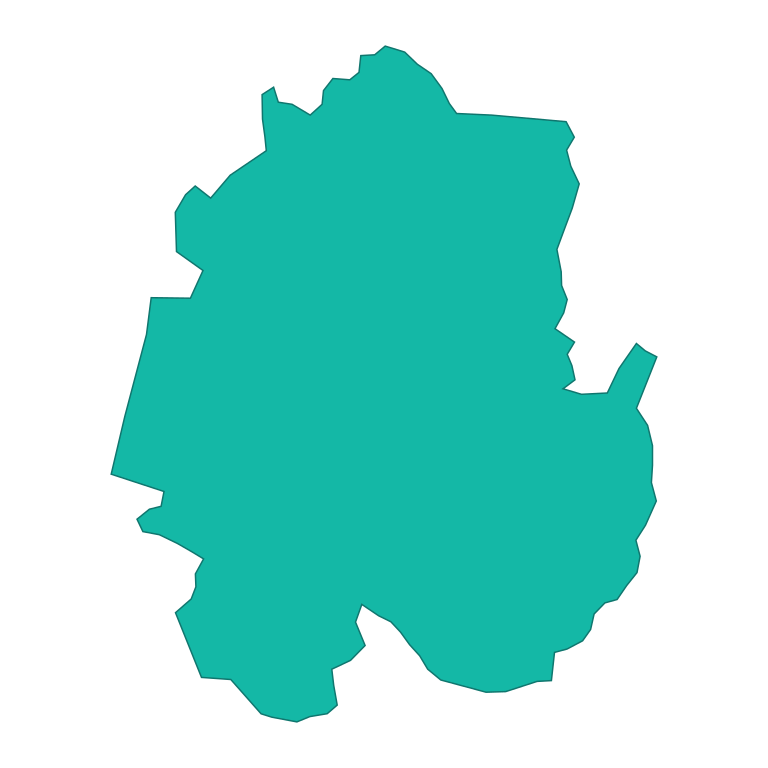 São João do Oeste, Santa Catarina, Brazil (orthographic projection)
{"feature_id": "56859067B45941896173238", "entity_name": "São João do Oeste", "entity_type": "district", "adm_level": 2, "iso_a3": "BRA", "parent_name": "Brazil", "parent_adm1": "Santa Catarina", "projection": "orthographic", "projection_center": [-53.586, -27.087], "detail": "fine", "context": "isolated", "style": "filled", "palette": "teal", "viewbox_px": 768, "rotation_deg": 0, "n_neighbors": 0, "source": "geoboundaries", "source_scale": "gbopen_adm2", "svg_char_len": 1522}
<svg xmlns="http://www.w3.org/2000/svg" viewBox="0 0 768 768"><path d="M404.7,52.1L385.2,46.1L374.7,54.8L360.8,55.6L359.0,72.4L349.8,79.8L332.9,78.5L323.5,90.6L322.1,104.3L310.2,115.1L292.1,104.3L278.3,102.2L273.6,87.2L262.1,94.6L262.5,119.1L264.9,136.7L266.3,150.7L230.2,175.2L210.7,198.1L195.2,186.0L185.6,194.7L175.3,212.3L176.5,251.6L203.0,270.5L190.4,298.2L151.2,297.7L146.5,334.5L124.8,416.5L111.2,474.2L164.0,491.5L161.1,506.3L149.4,509.2L137.0,519.2L142.9,531.6L159.3,534.7L177.3,543.4L191.9,551.8L203.6,558.9L195.4,573.9L195.9,586.8L191.2,599.0L175.5,612.7L201.5,677.4L230.8,679.5L261.1,713.8L271.9,717.2L296.9,721.9L309.8,716.6L327.2,713.7L337.2,705.1L333.7,685.3L331.8,669.2L350.6,660.3L365.1,645.5L355.5,622.1L361.8,604.4L378.7,615.8L390.9,621.8L400.5,632.1L409.6,644.7L419.7,655.8L427.7,669.2L440.8,680.0L486.0,692.2L505.7,691.6L522.6,686.1L537.1,681.4L551.4,680.6L554.5,652.4L567.1,649.0L582.6,640.8L590.6,629.5L594.1,614.0L604.9,602.9L617.1,599.5L626.7,585.5L637.0,572.6L640.1,556.3L635.9,540.2L645.5,525.2L656.3,501.0L651.4,482.6L652.5,465.2L652.5,445.7L647.6,425.4L636.4,408.3L656.8,356.9L645.3,350.9L636.4,343.5L619.0,368.5L607.3,393.0L581.5,394.3L563.0,388.8L575.0,379.8L571.9,365.6L567.2,354.3L574.5,342.1L555.0,328.7L563.7,312.9L567.2,299.5L561.6,285.5L561.2,271.8L556.9,249.4L564.9,227.8L572.2,208.3L579.2,183.9L570.8,166.2L566.6,150.1L574.3,137.2L566.1,121.7L491.5,115.1L456.6,113.5L449.3,103.5L442.0,88.5L431.2,73.7L417.4,64.3L404.7,52.1Z" fill="#14b8a6" stroke="#0f766e" stroke-width="1.5"/></svg>